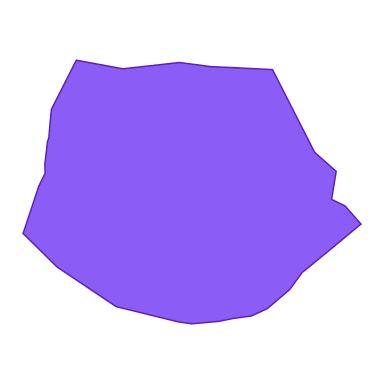 Cogt-Ovoo, Ömnögovi, Mongolia (orthographic projection)
{"feature_id": "93677404B91426853528809", "entity_name": "Cogt-Ovoo", "entity_type": "district", "adm_level": 2, "iso_a3": "MNG", "parent_name": "Mongolia", "parent_adm1": "Ömnögovi", "projection": "orthographic", "projection_center": [105.361, 44.337], "detail": "fine", "context": "isolated", "style": "filled", "palette": "violet", "viewbox_px": 384, "rotation_deg": 0, "n_neighbors": 0, "source": "geoboundaries", "source_scale": "gbopen_adm2", "svg_char_len": 844}
<svg xmlns="http://www.w3.org/2000/svg" viewBox="0 0 384 384"><path d="M361.0,224.1L345.0,205.9L331.6,199.4L336.2,171.4L314.7,152.4L272.5,69.6L236.3,67.8L235.3,67.7L211.7,66.7L179.4,62.5L122.9,68.8L76.3,60.2L51.4,109.4L49.8,126.0L48.9,137.4L47.5,141.6L45.6,157.9L44.9,163.1L45.1,173.4L38.8,186.1L24.2,230.2L23.0,233.4L34.5,244.7L57.3,267.2L116.1,306.6L177.9,321.8L191.6,323.8L218.7,321.4L233.5,318.4L251.3,316.0L267.4,308.6L289.8,289.4L302.3,272.3L304.2,270.9L305.9,269.5L308.8,267.2L309.9,266.3L314.9,262.1L317.2,260.3L320.6,257.5L320.9,257.2L322.4,256.0L326.5,252.7L327.5,251.9L330.0,249.7L332.4,247.8L333.6,246.9L335.3,245.4L336.1,244.7L338.2,242.9L339.3,242.1L341.7,240.1L344.2,238.0L345.3,237.1L347.2,235.5L349.6,233.5L352.2,231.3L353.8,230.0L355.9,228.2L357.9,226.5L361.0,224.1Z" fill="#8b5cf6" stroke="#5b21b6" stroke-width="1.5"/></svg>